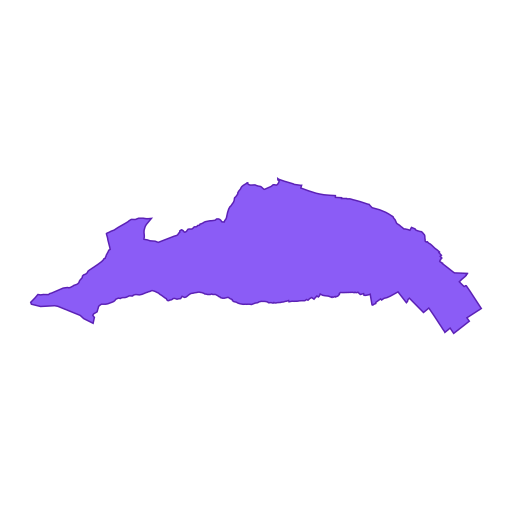 the district of Racu, Harghita, Romania
{"feature_id": "2599482B90471627736473", "entity_name": "Racu", "entity_type": "district", "adm_level": 2, "iso_a3": "ROU", "parent_name": "Romania", "parent_adm1": "Harghita", "projection": "orthographic", "projection_center": [25.705, 46.459], "detail": "fine", "context": "isolated", "style": "filled", "palette": "violet", "viewbox_px": 512, "rotation_deg": 0, "n_neighbors": 0, "source": "geoboundaries", "source_scale": "gbopen_adm2", "svg_char_len": 6086}
<svg xmlns="http://www.w3.org/2000/svg" viewBox="0 0 512 512"><path d="M93.1,323.3L94.4,317.3L93.7,316.7L93.4,316.1L92.8,315.4L93.5,314.0L97.1,311.8L97.9,308.9L98.3,307.8L98.4,306.9L99.2,305.7L101.4,304.2L105.6,304.2L107.8,303.8L112.1,302.2L113.7,301.5L114.8,300.6L115.9,299.2L118.4,298.1L120.4,298.5L121.3,297.9L122.8,297.6L124.8,297.6L126.1,297.3L127.6,296.7L128.4,296.2L129.7,295.8L131.5,296.0L132.6,296.0L132.7,295.6L134.0,294.9L135.9,294.5L139.4,294.9L142.1,294.3L146.2,292.6L147.6,292.2L148.6,291.7L149.8,291.5L151.7,290.6L152.4,290.6L153.8,291.0L155.0,291.4L157.6,292.7L158.3,292.9L160.1,294.5L161.5,295.3L165.1,298.0L166.3,298.6L166.8,299.8L168.0,300.7L168.9,300.6L169.9,300.0L170.8,300.0L172.2,299.4L173.0,298.6L174.7,298.4L177.0,299.2L178.5,298.8L180.6,298.6L181.5,297.3L182.1,296.3L184.4,297.4L184.8,297.4L186.3,296.9L189.1,294.6L190.9,293.5L193.5,293.1L194.5,292.8L196.8,292.5L197.9,292.2L199.2,292.1L200.9,292.5L201.9,292.6L202.9,293.0L203.8,293.3L204.8,294.0L206.2,294.1L207.6,294.5L210.3,294.5L211.7,294.0L212.9,294.5L215.3,294.4L217.6,295.6L218.9,296.6L219.9,296.8L220.4,297.6L222.6,298.2L224.3,298.2L227.6,297.4L228.6,297.5L229.0,297.9L230.7,299.0L231.2,299.0L232.3,299.7L232.4,300.6L234.0,301.7L235.2,301.9L236.6,302.3L237.5,302.9L238.5,303.3L240.2,303.8L243.1,304.3L245.5,304.2L246.9,304.3L247.6,304.2L249.5,304.2L251.5,304.5L255.2,303.1L257.7,302.7L259.2,301.8L260.0,301.7L261.2,301.3L261.6,301.4L264.5,301.4L266.2,301.6L267.6,302.0L268.4,302.7L268.8,302.8L271.1,302.6L272.4,303.0L273.2,303.1L273.9,302.5L274.2,302.8L275.1,303.0L276.2,302.9L277.5,302.6L280.3,302.5L281.8,302.1L283.2,302.0L285.6,301.3L286.6,301.2L288.6,300.5L289.0,301.8L292.1,301.2L294.0,301.3L297.5,301.2L299.7,300.8L302.3,300.7L304.6,300.7L305.2,300.5L306.5,299.5L308.0,300.2L309.7,298.6L311.7,297.5L312.6,298.2L314.0,299.2L314.8,298.2L316.9,296.0L318.3,297.0L319.2,296.1L319.7,295.3L320.2,294.0L322.7,295.3L324.8,295.7L328.4,296.1L331.9,297.4L332.1,296.9L333.3,297.2L335.1,296.5L335.4,297.0L337.8,296.1L339.4,294.4L339.3,293.5L340.5,292.5L343.0,292.6L352.7,292.3L354.2,292.7L355.0,292.2L356.0,292.7L357.2,292.5L357.9,292.2L360.3,294.5L363.6,293.6L364.0,295.3L365.6,295.4L368.6,294.8L370.2,294.2L372.0,304.8L372.6,305.1L373.3,304.8L373.8,304.3L375.8,303.5L375.8,302.4L380.6,298.9L381.6,300.0L384.1,298.3L387.0,297.6L390.4,296.1L398.0,291.9L406.4,302.7L407.5,301.4L407.9,299.8L408.3,299.2L409.4,298.2L423.5,312.5L428.8,308.1L429.5,309.0L434.0,315.6L435.7,318.2L436.5,319.4L438.9,323.1L442.0,327.8L442.5,328.7L444.5,331.5L444.9,332.4L450.1,328.1L453.7,333.4L469.3,321.2L466.9,317.8L481.3,308.5L473.2,296.1L469.8,290.9L466.3,285.8L465.9,285.7L465.6,285.7L464.7,286.3L464.1,286.5L463.2,285.7L459.3,281.8L461.7,279.4L465.0,276.6L466.3,275.3L466.3,275.2L466.1,275.0L467.5,273.6L467.5,273.4L454.5,272.9L453.3,272.1L451.9,271.0L442.3,263.5L442.5,263.2L440.7,262.1L440.2,261.9L439.7,261.3L440.0,260.7L440.0,260.2L440.8,259.6L440.8,259.1L441.0,258.6L441.8,258.0L440.2,256.3L441.4,255.3L438.9,252.6L439.5,252.0L439.2,251.7L437.0,249.8L435.6,248.8L434.8,248.2L431.7,245.2L430.1,243.9L428.9,243.3L428.3,242.8L427.3,241.7L427.1,241.7L426.5,242.1L426.2,242.0L425.3,241.3L425.1,240.7L425.1,239.1L424.8,238.1L424.9,237.1L424.7,235.5L424.4,234.8L423.7,234.0L422.9,233.0L421.8,231.9L421.2,231.6L420.1,231.5L417.4,230.7L416.0,230.1L415.5,229.7L415.1,228.9L411.5,227.4L409.9,230.3L408.1,229.6L404.9,228.9L404.3,229.0L403.5,228.7L402.5,227.6L401.5,227.0L399.5,225.2L397.0,223.6L396.6,223.2L395.1,219.8L393.7,218.2L393.1,216.8L388.6,213.9L385.7,212.3L379.7,209.8L372.1,207.7L370.1,205.6L369.0,204.3L368.3,204.3L359.8,201.5L354.2,200.0L353.6,199.9L351.7,199.3L350.1,198.9L349.4,198.8L347.8,198.9L346.9,198.8L346.7,198.5L341.5,198.5L341.6,197.7L335.4,197.4L335.4,195.6L330.1,195.3L324.1,194.8L319.6,194.0L316.0,193.2L308.5,190.8L300.8,188.0L301.6,185.3L300.5,185.3L294.2,184.4L293.1,183.8L284.3,181.2L279.1,179.4L278.2,178.9L277.8,178.6L277.9,180.0L279.3,180.6L278.5,182.9L277.5,184.4L276.5,185.1L274.0,184.7L273.1,184.8L271.2,186.4L264.6,189.3L264.0,189.3L262.9,188.4L261.4,187.0L260.6,186.5L257.9,186.0L255.9,185.3L255.4,185.0L254.3,184.9L250.7,185.1L249.2,184.8L248.1,184.1L247.7,183.4L247.7,182.8L246.9,182.9L246.7,183.3L243.5,185.2L241.9,186.5L241.1,187.6L240.5,189.0L238.5,191.4L238.4,191.8L237.7,193.0L237.8,193.3L237.8,193.9L235.9,196.6L234.6,197.8L234.3,199.1L234.3,200.1L233.4,202.4L232.6,203.4L231.1,205.7L229.9,206.8L228.7,209.0L227.6,212.4L226.4,217.9L225.7,219.4L224.8,220.4L224.2,222.0L222.2,221.9L221.7,221.7L220.8,220.3L219.7,219.4L218.7,219.0L218.1,218.9L216.5,219.0L215.4,220.1L214.7,220.3L211.8,220.7L209.8,220.8L205.7,221.6L204.3,222.1L203.1,222.9L201.3,223.8L200.2,224.0L199.9,224.3L199.7,224.9L199.3,225.3L198.0,225.4L197.5,225.6L196.9,226.5L196.1,226.8L194.6,226.8L193.7,227.3L193.4,227.8L192.1,228.9L191.1,229.1L189.7,229.0L188.1,229.2L187.9,229.4L186.5,231.3L185.5,232.0L185.0,232.1L184.7,232.2L184.3,232.1L183.1,230.6L182.8,230.5L182.5,230.5L182.2,230.3L182.0,229.9L181.4,229.8L179.8,230.9L179.7,231.0L179.8,232.1L179.7,232.3L179.1,232.9L178.8,233.0L177.7,234.8L176.6,235.5L174.1,236.2L158.2,242.4L155.2,241.2L150.1,240.8L147.4,239.9L144.0,239.3L144.0,238.3L144.3,237.2L144.3,235.7L144.0,232.5L144.1,230.3L144.9,227.4L145.5,225.9L146.5,224.3L151.4,218.4L148.1,218.7L146.3,218.7L143.1,218.2L138.7,218.2L136.8,218.9L135.8,219.4L134.5,219.5L132.2,219.4L131.3,219.4L129.0,220.8L128.0,221.7L125.2,223.4L118.5,227.2L116.0,228.8L114.3,230.0L111.1,231.2L108.8,232.4L107.8,232.8L106.9,233.2L106.4,233.7L107.6,238.1L107.9,240.0L109.6,246.7L110.2,249.4L108.8,250.2L108.0,252.0L106.2,255.3L106.0,256.4L105.4,257.3L105.2,258.3L103.9,258.8L103.4,259.8L101.6,261.6L98.0,264.3L89.5,270.0L88.0,271.2L87.3,272.7L85.7,274.1L83.6,274.9L82.5,276.0L82.2,277.7L80.2,279.9L79.4,281.1L78.9,282.6L78.1,283.5L76.8,284.4L73.8,285.4L72.7,286.2L70.2,287.5L68.9,287.8L67.6,287.5L65.8,287.7L63.1,288.1L51.3,293.2L49.9,293.5L48.4,294.6L43.4,294.5L40.6,294.9L37.9,294.5L35.1,297.8L30.7,302.3L31.4,304.2L40.6,306.5L54.6,305.7L57.8,306.3L80.2,315.4L83.7,318.6L93.1,323.3Z" fill="#8b5cf6" stroke="#5b21b6" stroke-width="1.5"/></svg>